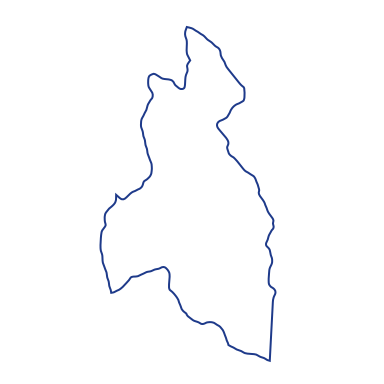 outline of Mella, Independencia, Dominican Republic, rotated 183°
{"feature_id": "3306468B62036034532374", "entity_name": "Mella", "entity_type": "district", "adm_level": 2, "iso_a3": "DOM", "parent_name": "Dominican Republic", "parent_adm1": "Independencia", "projection": "natural_earth1", "projection_center": [-71.428, 18.297], "detail": "fine", "context": "isolated", "style": "outline", "palette": "blue", "viewbox_px": 384, "rotation_deg": 183, "n_neighbors": 0, "source": "geoboundaries", "source_scale": "gbopen_adm2", "svg_char_len": 5555}
<svg xmlns="http://www.w3.org/2000/svg" viewBox="0 0 384 384"><g transform="rotate(183 192 192)"><path d="M188.3,66.8L184.7,64.3L183.6,63.7L182.5,63.3L179.5,62.5L178.4,62.1L176.9,61.3L175.9,60.8L174.7,60.7L173.6,60.9L172.6,61.3L170.6,62.4L169.4,62.7L167.5,63.0L165.6,63.0L164.4,62.8L163.2,62.5L162.1,61.9L160.1,60.7L157.9,59.6L156.8,58.8L155.4,57.3L154.0,55.7L153.3,54.5L152.7,53.3L151.7,50.9L150.4,48.0L149.5,45.5L148.1,42.8L147.6,41.1L145.2,39.9L142.4,38.8L139.2,37.1L134.5,35.7L132.0,34.4L130.8,33.9L129.5,33.7L128.2,33.5L121.4,33.3L119.4,33.0L118.3,32.5L115.7,31.2L114.6,30.8L111.6,30.0L110.5,29.5L107.9,28.1L105.5,27.5L105.5,86.3L105.4,88.6L105.0,90.8L104.6,92.1L103.7,94.2L103.4,95.5L103.4,96.1L103.6,97.4L103.9,98.0L104.5,98.9L105.3,99.7L106.3,100.4L107.8,101.2L108.3,101.5L109.1,102.3L109.9,103.3L110.2,103.8L110.6,105.2L110.8,107.4L110.9,109.6L110.8,115.0L110.7,118.0L110.5,119.4L110.1,120.8L108.9,123.6L108.5,124.9L108.3,126.2L108.4,128.3L108.5,129.0L108.8,130.3L110.0,133.1L111.0,137.0L111.4,138.3L112.0,139.3L112.8,140.2L114.3,141.5L115.0,142.3L115.2,142.8L115.4,144.0L115.2,145.1L113.9,148.4L113.2,151.7L112.8,153.0L110.4,157.9L109.2,159.4L108.8,160.3L108.7,160.9L108.7,162.0L109.3,164.0L109.5,164.9L109.2,167.3L109.2,167.8L109.4,168.4L109.6,169.0L110.3,170.1L113.9,174.5L115.1,176.3L115.7,177.5L116.7,180.0L118.1,182.8L118.8,184.6L119.5,185.9L120.7,187.6L123.9,191.5L124.9,193.2L125.2,194.3L125.3,194.9L125.0,197.2L125.2,198.3L126.8,202.9L128.2,205.7L129.2,208.1L129.8,209.2L130.9,210.7L131.9,211.4L134.5,212.8L137.0,214.3L139.3,215.4L140.3,216.1L141.2,216.9L142.5,218.3L148.4,225.0L150.8,227.4L152.3,228.7L154.4,229.8L155.4,230.5L156.7,231.7L157.4,232.8L157.6,233.4L158.9,236.8L159.2,237.9L159.2,238.9L158.3,241.5L158.2,242.7L158.4,244.0L158.9,245.2L159.6,246.3L160.8,247.9L167.3,254.8L169.1,256.8L169.8,257.8L170.1,258.4L170.3,259.0L170.5,259.7L170.5,260.4L170.5,261.1L170.3,261.7L169.7,262.9L168.9,263.7L168.0,264.4L165.8,265.4L164.8,265.9L161.9,267.7L161.1,268.4L160.4,269.4L158.5,273.1L157.6,275.6L157.0,276.7L156.0,278.3L154.7,279.8L153.8,280.6L152.8,281.4L151.8,282.0L149.6,283.0L146.3,285.1L145.4,285.8L145.1,286.4L144.8,287.5L144.6,288.8L144.6,290.2L144.7,293.9L145.3,298.3L145.6,298.9L145.9,299.4L148.1,301.0L149.5,302.3L150.9,303.8L161.5,315.7L162.8,317.2L164.1,318.8L165.1,320.6L165.9,322.5L166.4,323.6L167.1,324.6L169.0,327.2L169.9,328.9L170.4,330.0L171.0,333.5L171.4,334.7L172.0,335.8L172.7,336.7L173.7,337.5L175.8,338.6L176.8,339.3L180.0,342.2L181.0,342.9L184.2,344.8L185.1,345.5L187.8,348.1L189.3,349.2L191.5,350.3L194.5,352.2L196.7,353.3L198.7,354.5L199.8,355.1L201.2,355.6L205.8,356.5L206.8,353.2L207.1,352.0L207.2,350.6L207.2,349.2L206.8,347.2L205.4,343.7L205.1,342.3L204.9,340.1L204.8,333.3L204.5,331.1L204.2,329.6L203.7,328.5L200.7,323.3L202.0,321.3L202.9,319.8L203.3,318.7L203.5,318.2L203.5,317.1L202.9,314.5L202.8,313.3L202.9,312.1L204.1,308.6L204.5,306.5L204.6,304.2L204.6,299.0L204.7,297.6L204.9,296.3L205.1,295.7L205.5,295.2L206.0,294.8L206.5,294.5L207.6,294.3L208.8,294.3L209.9,294.7L210.9,295.3L214.1,297.7L214.8,298.5L215.7,300.0L216.3,301.0L217.2,301.8L218.1,302.5L218.7,302.7L220.0,303.0L221.3,303.2L225.4,303.4L227.4,303.7L228.6,304.2L231.1,305.7L234.6,307.6L235.6,307.9L236.6,308.0L237.1,307.8L238.1,307.4L239.4,306.7L240.3,306.0L240.7,305.6L241.0,305.0L241.4,303.7L241.6,301.5L241.5,298.5L241.2,296.3L240.8,294.8L240.1,293.6L237.7,290.2L236.9,289.1L236.7,288.5L236.3,287.2L236.3,286.5L236.3,285.2L236.6,284.0L236.8,283.5L238.3,281.5L240.5,277.3L240.9,276.1L241.6,272.8L241.9,271.5L243.5,268.1L244.5,265.6L245.6,263.4L246.1,262.2L246.4,260.8L246.5,259.5L246.5,256.6L246.4,255.2L246.1,253.9L244.6,250.4L244.2,249.1L243.7,246.4L243.4,245.1L242.1,242.2L241.7,241.0L241.1,237.6L240.8,236.3L239.3,232.8L239.0,231.5L238.5,228.8L238.1,227.5L236.6,224.1L235.6,221.7L234.2,218.8L233.8,217.5L233.5,215.3L233.3,213.0L233.4,210.7L233.6,208.4L233.8,207.7L234.3,206.4L234.9,205.3L235.7,204.3L237.4,202.5L238.3,201.8L239.7,200.8L240.5,200.1L241.0,199.0L241.5,196.7L241.9,195.5L242.5,194.4L243.3,193.5L244.2,192.7L244.7,192.4L246.3,191.6L248.8,190.1L251.0,189.1L252.1,188.4L253.6,187.1L257.2,183.2L258.6,181.9L259.7,181.3L260.3,181.1L261.5,181.1L262.1,181.2L262.7,181.5L263.7,182.1L267.6,185.2L267.5,182.1L267.5,180.1L267.8,178.7L268.2,177.4L269.2,175.8L270.4,174.4L271.7,173.1L273.9,171.1L276.7,167.2L277.4,165.9L277.7,164.5L277.9,162.4L277.7,159.6L277.4,157.7L276.7,155.6L276.5,154.5L276.6,153.9L277.1,152.8L279.6,149.0L280.1,147.7L280.3,146.3L280.5,144.1L280.6,141.0L280.6,134.2L280.4,131.2L280.2,129.8L279.9,128.4L278.7,125.5L278.3,124.2L278.1,122.9L277.7,118.7L277.3,116.7L276.8,115.5L275.8,113.2L274.8,110.8L273.2,107.3L272.9,106.0L272.4,103.3L272.1,102.0L270.6,98.5L270.3,97.2L269.7,93.9L269.2,92.6L268.0,89.8L267.4,87.1L265.6,87.5L264.5,87.9L262.0,89.4L259.8,90.5L258.2,91.7L256.2,93.6L253.0,97.4L250.4,100.6L248.8,103.2L248.4,103.6L248.0,103.9L247.4,104.1L246.3,104.4L243.4,104.7L241.6,105.1L240.5,105.7L238.5,106.8L236.3,107.9L233.3,109.6L232.1,110.0L229.7,110.5L228.5,110.9L225.4,112.5L224.2,112.9L221.3,113.6L220.2,114.1L218.3,115.2L217.7,115.4L216.5,115.6L215.9,115.5L215.3,115.4L214.7,115.1L214.2,114.8L213.2,113.9L212.2,112.9L211.4,111.8L210.7,110.6L210.4,109.9L210.1,108.5L209.9,106.2L210.1,98.7L210.0,96.5L209.9,95.1L209.5,93.9L209.2,93.3L208.8,92.9L206.5,91.2L204.6,89.4L202.8,87.4L201.5,85.8L200.7,84.6L200.0,83.5L199.1,81.0L197.7,78.2L196.7,75.8L196.2,74.6L195.4,73.6L194.6,72.7L193.6,71.9L191.3,70.3L190.9,69.3L190.3,68.5L189.6,67.7L188.3,66.8Z" fill="none" stroke="#1e3a8a" stroke-width="2"/></g></svg>